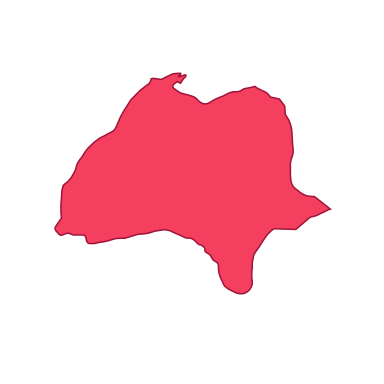 Al Maghrabah, Hajjah, Yemen, rotated 228°
{"feature_id": "15242507B35266123167790", "entity_name": "Al Maghrabah", "entity_type": "district", "adm_level": 2, "iso_a3": "YEM", "parent_name": "Yemen", "parent_adm1": "Hajjah", "projection": "robinson", "projection_center": [43.629, 15.902], "detail": "fine", "context": "isolated", "style": "filled", "palette": "rose", "viewbox_px": 384, "rotation_deg": 228, "n_neighbors": 0, "source": "geoboundaries", "source_scale": "gbopen_adm2", "svg_char_len": 4102}
<svg xmlns="http://www.w3.org/2000/svg" viewBox="0 0 384 384"><g transform="rotate(228 192 192)"><path d="M81.3,164.4L80.9,166.2L80.7,169.0L81.5,171.7L82.5,174.0L84.3,176.2L86.2,177.7L88.4,179.1L90.2,180.8L92.1,182.5L94.1,184.6L95.8,186.6L97.7,188.1L99.5,189.9L101.1,192.1L102.7,194.1L104.1,196.4L104.9,199.0L105.6,201.9L106.2,204.9L106.9,207.4L107.7,210.4L108.6,213.6L109.4,216.9L109.9,219.4L110.0,222.2L110.2,225.3L109.9,228.3L94.7,244.1L94.2,263.0L92.8,265.5L91.3,268.4L90.5,271.0L89.8,273.9L88.9,276.4L88.2,279.1L87.4,281.9L86.7,283.4L106.8,279.9L108.5,278.1L110.5,276.2L112.6,274.6L115.3,273.3L117.7,272.5L120.2,271.9L122.7,271.6L124.9,271.1L127.3,270.9L129.5,271.1L129.9,271.2L132.1,271.9L134.4,273.2L136.5,274.8L138.5,276.2L140.6,278.2L142.8,280.2L144.7,281.8L146.9,283.8L148.7,285.8L150.3,288.4L151.6,290.7L153.2,293.1L155.3,295.1L157.4,296.7L159.4,298.1L161.5,299.8L163.4,301.3L165.4,302.9L167.3,304.4L169.1,305.9L171.2,307.4L173.4,308.9L175.5,310.0L177.7,311.0L180.1,311.9L181.4,312.2L187.3,313.3L193.8,318.4L201.5,319.1L202.9,319.0L210.0,313.9L212.8,314.0L214.4,314.0L215.2,314.0L217.6,313.3L219.9,312.2L222.2,311.3L224.5,310.4L226.7,309.7L228.4,309.4L228.6,309.1L229.9,306.5L231.2,304.2L232.5,302.1L234.0,299.6L234.6,296.1L235.5,293.8L235.9,293.2L238.8,289.7L240.2,287.3L241.1,284.9L241.7,282.3L242.4,279.7L243.3,277.3L244.3,274.7L245.2,271.9L245.8,269.3L246.4,266.4L247.0,263.7L247.5,262.5L248.3,261.1L250.3,259.3L252.5,258.4L255.2,257.8L257.5,257.8L259.9,257.6L262.2,256.7L264.4,255.4L266.6,254.1L268.7,252.7L270.2,251.7L270.8,251.3L272.9,250.0L275.2,249.2L277.5,248.6L280.0,248.1L282.5,247.7L284.3,249.6L284.2,252.2L283.9,254.8L280.5,256.2L281.7,260.8L282.1,264.8L282.8,265.6L283.9,265.1L285.4,261.2L285.7,260.7L286.8,259.1L287.2,259.7L286.8,261.3L287.0,262.0L287.4,262.9L288.0,262.8L289.7,260.8L291.3,258.8L292.8,256.5L296.2,244.5L302.2,239.5L303.3,237.7L303.2,237.7L301.3,233.3L301.7,228.8L301.8,227.3L302.0,224.0L302.2,221.5L301.8,214.5L301.7,213.4L301.4,208.2L298.9,199.4L298.6,198.0L298.2,196.6L297.7,195.1L297.0,193.1L296.5,191.5L295.9,189.8L295.3,188.3L294.6,186.7L294.0,185.4L293.3,183.9L292.5,182.2L291.7,180.6L291.2,179.3L290.5,177.4L290.1,175.8L290.1,174.4L290.4,172.5L290.9,170.8L291.3,169.1L291.8,167.6L292.0,166.0L292.5,164.3L292.9,162.7L293.3,161.3L293.7,159.7L294.0,157.9L294.1,156.2L294.3,154.4L294.4,152.9L294.4,151.4L294.4,149.6L294.3,148.0L294.3,146.1L294.2,144.6L294.2,144.3L293.9,142.7L293.6,141.0L293.2,139.1L292.8,137.5L292.3,135.8L291.8,134.0L291.5,132.5L291.2,130.7L290.8,128.9L290.3,127.0L289.6,125.4L288.9,124.0L287.9,122.5L287.1,121.2L286.2,119.8L285.7,118.4L285.1,116.6L284.5,114.9L284.0,113.3L283.5,111.8L283.3,110.2L283.1,108.5L282.9,106.9L282.9,105.3L283.1,102.6L283.0,101.2L282.6,99.7L281.6,98.7L281.0,97.5L280.1,96.3L279.8,96.0L279.0,95.1L277.8,93.9L276.6,92.7L275.5,91.6L274.5,90.6L273.6,89.6L272.5,88.5L271.3,87.2L270.2,86.1L269.2,85.1L268.0,84.1L267.0,83.2L266.0,82.2L264.8,81.2L264.6,81.1L263.7,80.3L262.5,79.4L261.4,78.6L260.2,77.8L260.1,77.7L257.8,68.4L257.2,66.6L256.2,65.5L254.1,64.9L251.6,64.9L249.7,64.9L247.7,65.3L246.8,66.8L245.7,70.0L244.6,72.0L242.8,73.4L241.5,73.9L239.6,75.1L239.4,75.1L232.4,82.9L231.0,83.1L229.4,82.8L227.7,81.8L225.8,80.7L223.2,80.6L221.2,82.5L219.1,84.8L218.3,86.3L217.4,87.8L216.3,89.8L214.9,91.8L213.6,93.9L212.3,96.2L211.3,98.2L210.3,100.4L209.2,102.6L208.1,104.7L204.0,109.6L202.8,110.7L196.7,123.6L194.8,126.0L193.3,128.0L192.0,129.8L190.9,131.6L189.6,134.0L188.5,136.6L187.2,139.1L185.4,141.8L183.8,144.2L182.6,146.0L181.0,147.6L179.3,148.8L177.5,150.0L175.5,150.7L161.4,157.0L160.9,157.8L158.8,159.9L156.1,161.1L153.6,161.6L150.8,161.6L148.4,161.9L146.4,163.3L143.9,163.9L141.5,163.8L139.7,162.2L137.4,162.1L134.8,163.1L132.5,163.2L130.2,162.7L127.7,162.2L125.4,162.7L123.0,163.4L120.7,163.1L118.6,161.6L116.8,159.9L114.7,158.5L113.4,157.7L112.4,157.2L110.0,156.1L107.6,155.3L107.4,155.3L105.1,154.6L102.7,153.8L100.5,153.3L98.1,153.5L95.6,154.1L93.3,154.9L90.9,155.9L88.5,156.8L86.6,157.8L86.4,157.9L84.4,159.5L82.7,161.3L81.5,163.5L81.3,164.4Z" fill="#f43f5e" stroke="#9f1239" stroke-width="1.5"/></g></svg>